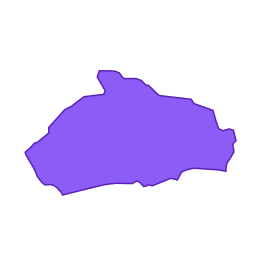 Mukjar, Central Darfur, Sudan (Natural Earth projection), rotated 82°
{"feature_id": "16777658B99051784139015", "entity_name": "Mukjar", "entity_type": "district", "adm_level": 2, "iso_a3": "SDN", "parent_name": "Sudan", "parent_adm1": "Central Darfur", "projection": "natural_earth1", "projection_center": [23.598, 11.812], "detail": "fine", "context": "isolated", "style": "filled", "palette": "violet", "viewbox_px": 256, "rotation_deg": 82, "n_neighbors": 0, "source": "geoboundaries", "source_scale": "gbopen_adm2", "svg_char_len": 2124}
<svg xmlns="http://www.w3.org/2000/svg" viewBox="0 0 256 256"><g transform="rotate(82 128 128)"><path d="M67.4,148.4L73.2,151.4L88.2,145.3L91.3,147.4L90.9,167.1L95.4,175.4L98.4,180.4L101.0,188.0L109.2,197.8L116.4,206.4L121.9,207.1L129.7,220.0L129.9,222.5L134.1,227.6L135.7,230.1L137.5,233.0L137.8,233.2L140.7,232.7L141.9,232.2L145.8,230.6L149.7,228.9L151.7,228.1L153.1,227.5L157.4,226.0L158.6,225.6L159.0,225.5L161.8,224.9L163.1,224.7L165.2,223.5L167.4,222.4L170.7,220.1L172.2,218.8L172.6,218.3L172.9,217.6L173.0,216.1L173.1,212.6L173.7,211.4L174.7,209.4L175.0,208.9L175.9,207.9L176.7,207.1L177.4,206.5L179.3,205.3L181.6,203.6L182.4,203.1L185.3,202.0L185.3,201.9L185.2,201.6L185.2,201.4L185.2,200.8L185.1,200.4L185.1,200.1L185.1,199.9L185.0,199.6L185.0,199.0L184.9,198.6L184.9,198.3L184.8,197.9L184.8,197.7L184.7,196.9L184.7,196.5L184.6,196.0L184.5,194.9L184.4,194.4L184.1,191.1L184.0,190.8L183.9,189.7L183.9,189.2L183.8,188.6L183.5,185.7L183.0,181.5L183.0,180.8L182.9,179.8L182.5,176.1L182.4,175.7L182.1,172.1L181.9,170.5L181.8,169.0L181.0,161.4L180.9,160.6L180.9,159.9L180.9,158.8L180.9,157.5L180.8,155.1L181.1,147.3L181.3,146.0L182.8,136.8L183.2,134.0L183.6,131.2L182.2,128.1L182.1,127.0L181.9,125.8L183.3,124.3L183.9,123.5L185.4,122.5L187.3,121.2L188.1,120.6L188.1,118.7L188.1,118.3L187.3,116.6L187.1,116.0L188.6,111.9L186.0,101.6L183.8,92.9L184.7,90.2L185.9,87.0L186.4,86.6L185.6,86.0L185.4,85.8L185.2,85.7L184.8,85.4L184.4,85.1L184.2,84.8L183.6,84.4L182.4,83.5L179.9,81.5L179.6,81.3L178.9,80.8L178.9,80.7L178.7,80.2L178.6,79.8L178.2,78.1L177.9,76.7L177.5,75.1L177.5,74.6L177.3,72.9L177.0,68.2L177.3,66.9L177.9,64.0L179.7,55.4L181.6,46.3L182.1,44.0L182.1,43.8L183.8,39.2L184.4,37.1L183.6,36.9L182.5,36.7L180.0,36.3L176.1,34.6L173.1,31.8L166.6,26.5L163.2,26.3L159.9,26.7L157.5,25.4L155.6,22.8L144.9,23.9L143.1,27.6L143.4,31.3L143.9,34.7L141.2,38.3L133.5,39.9L123.6,41.2L122.4,41.4L113.0,59.2L108.3,61.5L103.0,82.0L100.2,92.6L98.1,94.5L88.4,101.9L88.3,104.1L82.7,108.2L80.1,113.4L78.6,124.8L76.7,126.7L72.3,128.8L70.1,132.5L68.8,138.3L68.0,144.0L67.4,148.4Z" fill="#8b5cf6" stroke="#5b21b6" stroke-width="1.5"/></g></svg>